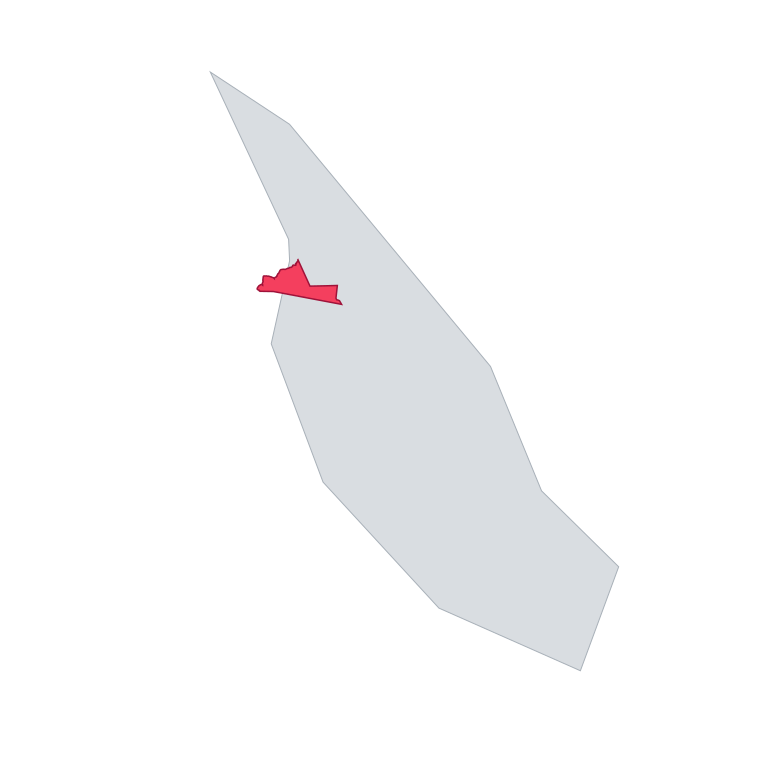 Urdmau, Ngardmau, Palau (highlighted), rotated 312°
{"feature_id": "81905179B21109401244182", "entity_name": "Urdmau", "entity_type": "district", "adm_level": 2, "iso_a3": "PLW", "parent_name": "Palau", "parent_adm1": "Ngardmau", "projection": "robinson", "projection_center": [134.588, 7.601], "detail": "fine", "context": "in_parent", "style": "filled", "palette": "rose", "viewbox_px": 768, "rotation_deg": 312, "n_neighbors": 0, "source": "geoboundaries", "source_scale": "gbopen_adm2", "svg_char_len": 3076}
<svg xmlns="http://www.w3.org/2000/svg" viewBox="0 0 768 768"><g transform="rotate(312 384 384)"><path d="M405.2,680.7L302.3,721.8L254.2,574.8L270.3,404.4L338.4,273.3L412.4,231.4L427.7,216.3L499.6,46.2L513.8,140.0L468.3,451.4L410.0,572.6L405.2,680.7Z" fill="#d9dde1" stroke="#a8b0b8" stroke-width="1"/><path d="M418.8,236.9L418.6,236.9L418.4,237.0L418.2,237.3L418.2,237.5L417.8,237.9L417.7,238.1L417.3,238.1L417.2,237.9L416.8,237.7L416.4,237.7L416.1,237.7L416.0,237.8L415.7,237.8L415.3,238.0L415.3,237.9L415.2,237.8L414.8,237.9L414.6,237.9L414.4,238.0L414.2,237.9L414.1,238.1L413.9,238.4L413.6,238.6L413.5,238.8L413.3,238.9L413.2,238.6L412.7,238.5L412.7,238.3L412.6,238.1L412.4,238.0L412.2,237.7L412.0,237.3L411.7,237.1L411.4,236.9L411.1,236.8L410.7,236.9L410.5,237.1L410.4,237.3L410.2,237.3L409.8,237.3L409.6,237.2L409.2,237.1L408.7,237.0L408.4,236.9L408.2,236.5L407.9,236.4L407.6,236.0L407.4,235.9L407.0,235.9L406.8,235.8L406.5,235.8L406.3,235.8L406.0,235.6L405.9,235.3L405.4,235.0L405.0,234.8L404.5,234.6L404.3,234.5L404.1,234.4L403.7,234.2L403.3,234.1L402.9,233.8L402.7,233.5L402.7,233.3L402.2,232.8L401.9,232.5L401.8,232.2L401.4,232.0L401.1,231.7L400.7,231.4L400.4,231.1L400.0,230.8L399.7,230.8L399.2,230.7L398.7,230.7L398.5,230.8L398.1,231.0L397.7,231.1L397.3,231.1L397.1,231.2L396.7,231.3L396.3,231.5L396.1,231.6L395.8,231.6L395.6,231.5L395.2,231.4L394.8,231.4L394.4,231.6L394.1,231.6L393.9,231.7L393.7,231.8L393.0,231.8L392.7,232.0L392.5,232.3L392.1,232.2L391.8,232.3L391.5,232.1L391.1,232.2L390.9,232.1L390.6,231.8L390.2,231.8L390.0,231.7L389.7,231.7L389.4,231.7L389.1,231.7L388.9,231.9L388.9,231.6L389.1,231.5L389.2,231.4L389.1,231.2L389.0,230.7L388.8,230.3L388.6,230.0L388.5,229.6L388.3,229.4L388.2,229.0L388.2,228.6L387.9,228.2L387.7,227.9L387.6,227.4L387.4,227.2L387.3,226.8L387.1,226.6L387.1,226.2L386.6,225.7L386.4,225.6L386.3,225.3L386.0,225.1L385.9,224.8L385.7,224.4L385.5,224.1L385.1,223.8L384.7,223.4L384.5,223.1L384.3,222.9L384.2,222.7L383.7,222.3L383.3,222.3L383.1,222.4L382.9,222.5L382.7,222.6L382.3,222.9L382.3,223.0L382.0,223.1L381.8,223.3L381.7,223.4L381.3,223.6L381.1,223.7L380.9,224.0L380.6,224.2L380.4,224.2L380.2,224.4L379.9,224.6L379.8,224.9L379.7,225.2L379.5,225.3L379.4,225.5L379.1,225.5L378.9,225.7L378.8,225.8L378.5,225.8L378.3,225.9L378.1,226.0L377.9,226.0L377.7,226.1L377.4,226.3L377.2,226.3L376.9,226.5L376.7,226.8L376.6,227.1L376.6,227.4L376.5,227.6L376.2,227.8L376.2,227.6L376.2,227.2L376.2,226.8L376.1,226.5L375.9,226.3L375.7,226.2L375.4,225.9L375.1,225.8L374.9,225.7L374.6,225.7L374.3,225.7L374.2,225.6L373.7,225.4L373.4,225.3L373.2,225.3L372.8,225.4L372.6,225.4L372.3,225.4L372.0,225.4L371.7,225.4L371.5,225.5L371.3,225.6L371.1,225.7L370.9,225.7L370.7,225.6L370.2,225.8L369.9,226.0L369.6,226.4L369.6,226.8L369.7,227.1L369.7,227.4L369.8,227.8L370.0,228.2L369.9,228.6L370.0,228.6L369.9,228.9L370.0,229.1L369.9,229.3L369.9,229.6L369.9,229.8L378.7,239.9L414.8,299.2L415.2,298.0L416.1,295.2L415.6,293.6L414.9,292.4L415.6,290.9L426.0,283.4L417.8,274.8L407.2,263.5L418.8,236.9Z" fill="#f43f5e" stroke="#9f1239" stroke-width="1.5"/></g></svg>